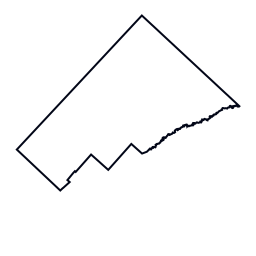 General Roca, Córdoba, Argentina, rotated 133°
{"feature_id": "61730980B65942785311638", "entity_name": "General Roca", "entity_type": "district", "adm_level": 2, "iso_a3": "ARG", "parent_name": "Argentina", "parent_adm1": "Córdoba", "projection": "robinson", "projection_center": [-64.642, -34.475], "detail": "fine", "context": "isolated", "style": "outline", "palette": "ink", "viewbox_px": 256, "rotation_deg": 133, "n_neighbors": 0, "source": "geoboundaries", "source_scale": "gbopen_adm2", "svg_char_len": 4589}
<svg xmlns="http://www.w3.org/2000/svg" viewBox="0 0 256 256"><g transform="rotate(133 128 128)"><path d="M36.3,194.6L219.6,194.6L219.9,134.9L216.5,134.7L216.3,134.6L207.3,133.8L207.4,136.8L198.1,137.4L195.8,137.4L195.8,136.3L187.1,136.5L172.6,136.9L172.1,113.9L137.4,114.7L137.1,100.3L132.5,98.0L130.3,97.9L129.6,97.8L129.5,98.0L129.3,98.0L128.9,97.9L128.4,97.6L128.1,97.7L128.0,97.8L127.9,97.7L128.0,97.5L128.1,97.2L128.2,96.9L128.1,96.7L127.7,96.5L127.3,96.8L127.2,96.8L127.2,96.7L126.8,96.9L126.4,96.9L126.1,96.7L125.9,96.5L125.8,96.4L125.7,96.6L125.7,96.9L125.5,97.0L125.2,97.0L125.1,96.8L125.3,96.8L125.1,96.6L124.8,96.8L124.6,96.7L124.4,96.1L124.0,95.8L124.0,95.6L123.7,95.2L123.5,94.8L123.4,94.8L123.3,95.1L123.3,95.3L123.2,95.3L122.6,95.4L121.9,95.8L121.7,95.6L121.4,96.0L121.1,96.2L121.1,96.3L120.7,96.2L120.4,96.2L120.1,96.1L120.0,95.7L119.7,95.5L119.3,95.5L118.6,95.2L118.4,94.7L117.4,94.7L116.8,94.5L116.7,94.6L116.4,94.6L116.3,94.8L115.6,94.9L115.1,94.7L115.1,95.1L114.9,95.2L114.7,94.9L114.5,95.1L114.4,95.2L113.7,95.0L113.4,95.1L113.6,94.7L113.4,94.6L113.1,94.8L112.9,94.6L113.1,94.3L113.1,94.2L112.9,94.0L112.7,94.1L112.5,93.9L112.4,93.9L112.2,94.0L111.8,94.4L111.6,94.4L111.4,94.6L111.3,95.0L111.2,95.1L111.3,95.2L111.5,95.4L111.5,95.5L111.4,95.9L111.1,95.9L110.7,95.7L110.3,95.5L110.2,95.4L110.0,94.9L110.0,94.7L109.6,94.5L109.6,94.4L109.4,94.2L109.7,93.9L109.6,93.7L109.4,93.7L109.2,93.8L108.9,93.9L108.9,94.1L108.7,94.0L108.3,93.9L107.9,93.9L107.7,94.0L107.3,94.0L107.1,94.1L106.8,94.0L106.4,94.0L106.2,94.0L105.5,94.4L105.2,94.4L104.7,94.1L104.5,93.9L104.8,93.3L104.8,93.1L104.8,92.9L104.5,92.7L103.8,92.6L103.3,92.4L103.1,92.3L102.8,92.0L102.5,91.9L101.1,91.8L101.1,92.1L100.9,92.2L100.7,92.2L100.6,91.9L100.6,91.5L100.3,91.0L99.6,90.9L99.4,90.8L99.1,90.9L99.0,90.7L98.9,90.7L98.8,90.9L98.5,91.4L98.1,91.7L97.9,92.0L97.2,91.9L96.6,91.9L96.2,91.8L96.0,91.6L95.7,90.7L95.8,90.3L95.8,90.2L95.5,90.1L95.2,90.3L94.8,90.6L94.9,90.8L94.8,91.0L94.7,90.9L94.3,90.7L94.3,90.1L93.9,89.8L93.6,89.8L93.6,89.6L93.3,89.3L92.8,89.4L92.5,89.6L91.7,89.6L91.4,89.4L91.1,89.4L91.0,89.2L90.6,89.2L90.4,89.0L89.6,88.7L89.5,88.9L89.4,88.9L89.2,88.8L88.9,88.9L88.9,89.1L88.7,89.3L88.4,89.0L88.3,88.8L88.4,88.5L88.8,88.3L88.8,88.2L88.6,88.0L88.1,88.1L87.8,88.2L87.7,88.2L87.6,88.3L87.6,88.5L87.4,88.7L86.9,88.3L86.6,88.0L86.1,87.9L85.9,87.4L85.4,87.3L85.4,87.2L85.6,86.9L85.8,86.9L86.0,86.7L86.2,86.8L86.3,86.7L86.4,86.3L86.2,85.8L86.3,85.7L86.0,85.7L85.6,85.5L85.4,85.5L85.4,85.3L85.3,84.7L85.2,84.6L84.9,84.5L84.6,84.6L84.2,84.4L84.0,84.2L83.7,83.8L83.1,83.5L82.4,83.4L82.2,83.1L82.2,82.9L81.9,82.7L81.8,82.3L81.3,82.3L81.0,82.3L80.9,82.5L80.7,82.5L80.7,82.9L80.7,83.2L80.8,83.3L81.1,83.3L81.1,83.5L80.2,83.8L79.9,83.8L79.6,83.4L79.1,82.9L79.2,82.6L79.4,82.3L79.2,81.9L78.7,81.7L77.5,81.7L76.9,81.5L76.8,81.4L76.6,80.6L76.4,80.4L76.2,80.0L75.9,79.8L75.2,79.5L74.8,79.2L74.4,79.4L74.2,79.5L74.0,79.1L74.2,78.5L74.1,78.3L73.8,78.3L73.4,78.4L73.2,78.8L72.9,79.0L72.6,79.2L72.3,78.9L72.0,78.7L71.8,78.8L71.7,78.9L71.7,79.1L71.6,79.3L71.4,79.5L71.2,79.6L71.1,79.4L71.1,79.2L71.1,78.7L70.7,78.2L69.8,78.2L69.5,78.4L69.2,78.3L69.0,78.1L69.0,77.5L68.9,77.3L68.5,77.0L68.4,76.8L68.3,76.3L68.4,76.1L68.5,75.7L68.3,75.3L68.2,75.4L68.1,75.9L67.9,76.0L67.6,75.9L67.5,75.5L67.5,75.2L66.4,75.1L65.9,75.2L65.4,74.9L65.0,75.0L64.6,74.8L64.4,74.7L64.2,74.8L64.0,75.3L63.9,76.1L63.6,76.2L63.4,76.1L63.2,75.8L62.8,75.5L62.7,75.4L62.7,75.2L62.9,74.9L63.0,74.8L62.9,74.6L62.5,74.2L62.3,74.2L62.1,74.3L61.9,74.3L61.2,74.1L61.2,74.3L61.1,74.5L60.5,74.3L59.9,74.5L59.4,74.3L59.2,73.9L58.9,73.8L58.9,73.6L58.4,73.4L57.9,73.0L57.4,73.0L57.2,73.1L56.7,73.2L56.6,73.3L56.6,73.6L56.4,73.6L56.2,73.4L56.0,72.9L55.7,72.8L55.3,72.9L54.4,72.8L53.9,72.9L53.2,72.7L52.4,72.3L51.7,72.1L51.1,71.9L50.9,71.7L50.7,71.6L50.5,72.0L50.4,72.2L49.6,72.1L48.9,72.4L48.5,72.0L48.3,71.6L48.0,71.2L47.8,70.7L47.0,70.2L46.9,70.0L46.4,69.3L46.2,68.8L46.1,68.7L45.5,68.9L44.8,68.7L44.7,68.7L44.2,68.3L44.1,68.1L43.9,68.0L43.6,68.2L43.2,68.3L42.9,68.1L42.7,68.1L42.5,68.4L42.4,68.5L42.1,68.4L41.9,68.1L42.2,67.8L42.3,67.3L42.2,67.1L41.9,66.8L42.1,66.7L42.3,66.7L42.4,66.3L42.2,66.2L42.3,65.8L42.0,65.4L41.9,65.3L42.0,65.1L41.7,64.9L41.4,65.0L41.4,65.4L41.2,65.6L41.2,65.8L40.9,65.9L40.8,66.2L40.7,66.3L40.5,66.2L40.0,65.7L39.5,65.5L39.4,65.4L39.4,65.2L39.2,65.1L39.2,64.9L39.3,64.8L39.2,64.7L38.9,64.7L38.7,64.5L38.0,64.0L37.9,63.9L37.7,64.1L37.5,63.8L37.5,63.6L37.4,63.1L37.5,62.9L37.6,62.6L37.3,62.3L37.3,62.1L37.2,62.0L36.9,62.1L36.6,61.9L36.6,61.5L36.5,61.4L36.1,61.4L36.3,194.6Z" fill="none" stroke="#020617" stroke-width="2"/></g></svg>